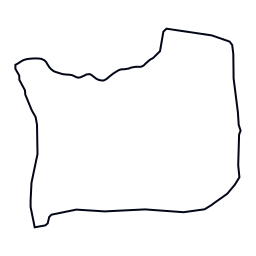 Santo Domingo Xenacoj, Sacatepéquez, Guatemala
{"feature_id": "79465075B12925018589584", "entity_name": "Santo Domingo Xenacoj", "entity_type": "district", "adm_level": 2, "iso_a3": "GTM", "parent_name": "Guatemala", "parent_adm1": "Sacatepéquez", "projection": "robinson", "projection_center": [-90.711, 14.68], "detail": "fine", "context": "isolated", "style": "outline", "palette": "ink", "viewbox_px": 256, "rotation_deg": 0, "n_neighbors": 0, "source": "geoboundaries", "source_scale": "gbopen_adm2", "svg_char_len": 1178}
<svg xmlns="http://www.w3.org/2000/svg" viewBox="0 0 256 256"><path d="M15.4,64.8L15.4,68.8L19.2,75.5L19.4,80.0L24.9,90.2L25.3,94.6L31.8,110.4L35.6,117.0L37.0,124.7L37.5,154.1L31.5,182.7L30.6,200.2L30.6,207.0L34.7,227.3L45.3,225.4L47.7,223.4L49.2,217.0L51.4,214.7L76.3,209.6L104.6,211.4L145.0,209.4L183.5,212.2L204.6,209.3L211.6,205.0L214.2,203.0L227.3,193.7L234.9,184.6L239.4,177.3L238.2,165.1L239.1,134.5L240.6,130.7L238.7,124.8L237.9,112.4L233.6,78.4L233.3,54.0L232.2,45.0L229.6,41.6L211.8,35.4L166.5,28.7L163.4,31.6L160.0,51.2L152.9,58.2L151.0,59.1L149.4,60.2L147.5,61.9L145.7,63.4L144.2,65.0L142.7,66.1L140.7,66.8L138.0,66.8L135.8,66.8L133.7,67.1L131.1,67.6L128.5,68.6L124.4,69.2L121.1,69.4L118.9,70.1L116.3,71.6L113.2,73.6L110.2,75.9L106.4,79.1L103.6,80.5L101.0,80.4L98.5,79.8L96.4,78.8L93.8,76.8L91.5,75.0L89.6,74.1L86.3,74.5L84.5,75.5L80.4,77.3L78.2,77.7L76.2,77.1L74.0,76.0L71.9,75.1L69.3,74.7L67.0,74.6L63.0,74.2L61.2,73.7L58.6,72.9L55.8,72.0L53.9,71.3L51.3,69.4L49.2,67.1L47.5,64.4L46.2,62.1L44.4,60.3L41.4,58.9L39.5,58.6L35.7,58.4L33.1,58.5L30.3,58.7L27.1,59.1L25.0,59.6L23.3,60.2L20.8,61.6L17.6,63.7L15.4,64.8Z" fill="none" stroke="#020617" stroke-width="2"/></svg>